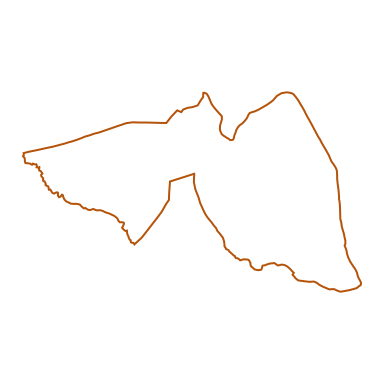 Bavet, Svay Rieng, Cambodia
{"feature_id": "14789045B60097519425510", "entity_name": "Bavet", "entity_type": "district", "adm_level": 2, "iso_a3": "KHM", "parent_name": "Cambodia", "parent_adm1": "Svay Rieng", "projection": "natural_earth1", "projection_center": [106.09, 11.037], "detail": "fine", "context": "isolated", "style": "outline", "palette": "amber", "viewbox_px": 384, "rotation_deg": 0, "n_neighbors": 0, "source": "geoboundaries", "source_scale": "gbopen_adm2", "svg_char_len": 4901}
<svg xmlns="http://www.w3.org/2000/svg" viewBox="0 0 384 384"><path d="M292.6,274.7L293.1,275.4L294.2,276.5L294.8,277.3L295.3,278.0L296.2,278.8L297.0,279.4L297.8,280.2L299.4,280.6L300.8,280.8L302.2,280.9L304.6,281.3L305.9,281.4L308.1,281.7L310.2,281.8L312.7,281.6L314.4,281.7L315.9,282.4L317.5,283.3L318.9,284.5L320.1,285.2L321.7,286.1L323.6,287.0L325.7,287.8L327.4,288.6L329.5,289.4L331.1,289.2L332.6,289.1L334.2,289.2L335.8,289.9L337.8,290.9L339.1,291.3L340.6,291.7L342.6,291.4L344.7,291.0L346.2,290.7L348.7,290.3L350.5,289.9L352.0,289.4L353.5,289.1L354.6,288.7L356.6,288.1L357.8,287.2L358.7,286.4L359.8,285.7L360.6,285.2L361.0,283.9L360.9,282.5L360.2,280.9L359.6,279.8L358.7,278.2L357.9,276.4L357.5,274.9L357.2,273.6L356.9,272.5L356.2,271.0L355.5,269.6L354.7,268.2L354.0,267.4L353.2,266.2L352.4,264.9L351.8,264.2L351.0,262.8L350.0,261.4L349.4,259.9L348.7,258.4L348.2,257.5L347.8,256.1L347.5,255.3L347.0,253.6L346.7,252.5L346.7,251.5L346.4,250.2L346.0,249.0L345.3,247.3L344.6,245.4L345.3,244.2L345.4,240.8L344.6,237.6L344.0,234.2L342.8,230.2L341.7,226.1L341.3,222.6L340.3,218.8L340.2,214.1L340.1,210.1L339.9,205.6L339.7,203.2L339.4,200.8L338.9,198.6L339.1,197.4L338.8,193.6L338.5,189.8L337.7,184.1L337.2,179.4L337.1,174.2L336.8,170.3L335.6,167.5L333.5,164.2L331.6,161.7L330.1,158.3L328.6,154.8L326.0,150.2L323.8,146.5L321.9,143.2L320.1,139.7L317.8,136.0L316.2,132.9L314.5,129.8L313.1,127.1L311.5,124.1L309.3,120.1L307.4,116.8L306.0,114.2L303.8,109.7L301.1,105.2L298.4,100.6L295.9,97.1L293.4,94.1L291.1,93.0L287.0,92.3L281.8,93.1L279.4,94.4L276.7,96.1L275.2,97.9L273.0,100.4L270.8,102.1L267.6,104.4L262.3,107.5L258.8,109.5L255.5,111.1L252.0,112.2L249.7,113.0L248.5,114.7L247.3,117.3L246.4,118.9L244.7,120.9L242.6,123.2L241.5,124.0L239.4,125.5L237.7,127.6L236.3,130.0L235.4,133.0L234.4,135.3L234.0,137.6L233.2,139.5L232.1,140.0L230.7,140.1L229.9,139.9L229.0,139.0L226.5,137.6L223.6,135.7L221.8,134.3L220.3,131.1L219.9,129.1L220.1,125.4L221.9,119.4L221.8,116.1L219.3,113.5L217.0,110.9L214.4,107.9L211.7,104.2L210.3,100.9L208.3,96.2L206.6,93.7L204.1,92.7L203.3,92.9L203.1,97.1L200.5,100.7L197.7,105.4L192.5,107.1L187.4,107.9L183.1,109.6L181.3,112.1L177.2,110.4L171.6,116.3L166.3,123.0L159.8,122.9L149.4,122.6L143.7,122.5L138.6,122.5L132.9,122.3L126.5,123.1L117.3,126.2L107.7,129.5L99.0,132.5L94.1,133.7L89.4,135.4L85.6,136.4L84.6,136.8L80.7,138.4L76.9,139.8L74.8,140.5L71.8,141.5L69.3,142.1L67.4,142.7L64.2,143.7L60.0,144.8L52.9,146.7L47.0,147.9L42.5,148.9L36.6,150.2L29.1,151.7L23.6,153.1L23.8,155.2L23.0,156.1L23.5,156.9L24.5,157.7L24.9,160.1L24.8,161.1L25.4,163.0L28.2,163.3L30.3,163.7L31.5,164.6L32.3,164.7L33.0,163.6L34.0,164.1L35.6,164.5L36.3,164.3L36.7,165.2L36.9,166.2L36.6,167.3L38.0,167.6L39.3,167.1L39.4,167.9L39.0,169.0L39.2,170.5L40.6,171.0L41.5,172.1L42.4,173.6L41.1,174.9L41.3,176.1L42.0,177.0L43.2,178.3L43.0,179.8L43.4,181.2L44.5,181.3L44.9,182.0L45.3,182.8L45.8,184.1L45.5,184.9L47.1,186.1L48.2,186.4L48.6,187.6L48.7,189.1L49.0,189.8L50.4,189.6L51.6,191.7L52.6,193.0L54.1,193.6L55.7,192.7L57.2,192.3L57.9,192.7L58.0,195.7L59.1,197.2L60.6,196.5L62.0,194.7L62.8,195.2L63.4,197.4L64.6,199.8L66.1,201.3L68.2,202.3L69.3,202.8L70.6,203.6L72.7,203.8L74.6,203.9L75.9,203.8L77.1,204.0L78.2,204.1L79.9,204.6L81.6,206.5L83.1,207.8L83.9,208.4L85.4,208.0L86.8,209.0L88.1,209.7L89.8,210.1L91.4,209.6L93.3,209.0L95.7,210.0L97.1,210.4L99.5,210.2L101.6,210.5L103.1,211.1L104.9,212.1L107.6,213.0L110.2,213.9L111.9,214.8L113.5,215.5L115.1,216.5L116.6,217.7L117.5,218.7L118.5,220.9L119.9,222.3L121.3,222.2L123.2,222.4L124.0,223.1L123.9,224.0L123.1,225.9L122.1,227.7L123.2,229.1L124.8,230.5L125.9,231.1L126.9,230.7L127.1,232.9L127.3,234.1L128.4,236.4L128.8,237.8L129.7,239.7L130.7,240.2L130.8,241.3L130.8,242.1L131.5,242.7L132.9,242.8L133.8,243.1L134.4,244.4L141.8,237.6L146.4,231.7L153.0,223.2L157.1,218.0L161.8,211.6L166.1,204.0L168.9,200.0L169.2,192.5L169.5,188.1L170.0,181.5L194.2,173.8L194.3,175.2L194.0,176.9L193.9,182.3L195.4,189.4L198.6,197.6L200.2,203.2L202.2,207.5L203.6,210.7L205.4,214.2L207.2,217.0L209.4,219.8L211.5,222.2L213.3,224.8L214.9,226.8L215.9,227.8L216.7,229.4L217.4,231.0L219.5,233.3L221.5,236.0L222.4,237.0L223.0,238.0L224.1,241.5L224.5,245.0L224.5,246.3L224.9,247.0L225.5,247.6L226.0,249.0L227.2,249.5L228.5,250.1L229.0,251.1L230.1,252.2L231.6,253.5L232.8,254.6L234.0,255.7L235.1,256.3L235.3,257.4L235.9,258.1L236.7,258.1L238.2,258.6L239.0,259.2L240.2,260.3L242.0,259.8L243.6,259.3L245.5,259.4L246.9,259.5L247.9,259.6L249.1,260.4L250.4,263.0L250.5,264.7L251.1,266.4L252.0,267.2L253.2,268.0L253.8,268.7L254.6,269.4L255.5,269.6L256.6,269.9L257.5,270.1L259.2,270.1L261.2,269.7L261.9,268.4L262.3,266.2L262.9,265.5L264.5,265.4L265.8,264.9L267.4,264.3L270.1,263.5L272.2,263.3L274.5,263.1L276.0,264.2L277.9,265.5L279.2,265.2L281.8,264.6L284.3,265.0L286.4,265.9L288.1,267.2L289.5,268.4L290.9,269.8L292.3,271.4L293.8,272.9L292.6,274.7Z" fill="none" stroke="#b45309" stroke-width="2"/></svg>